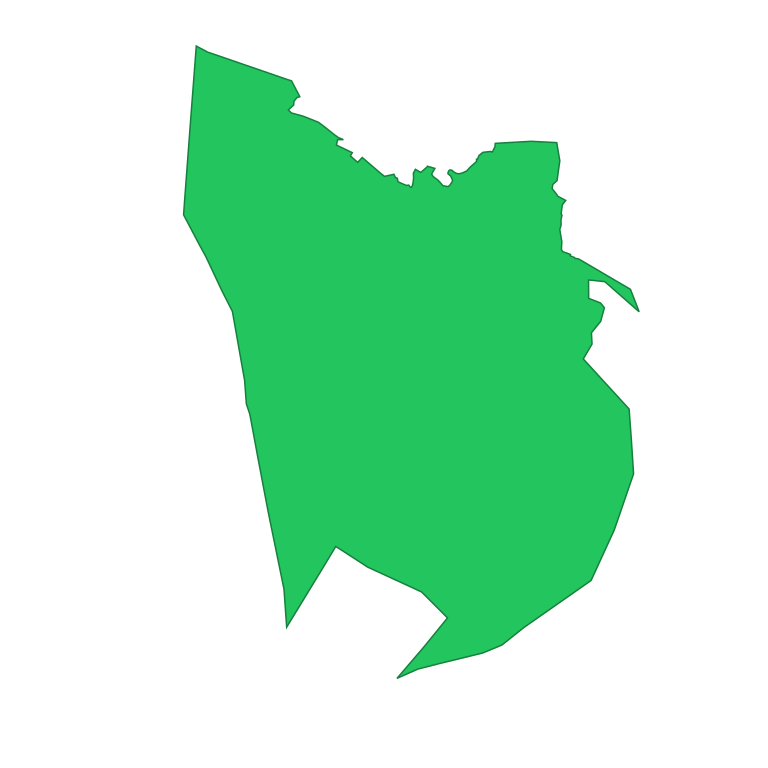 Santa Ana, Oaxaca, Mexico (Natural Earth projection), rotated 14°
{"feature_id": "50627088B53978228930209", "entity_name": "Santa Ana", "entity_type": "district", "adm_level": 2, "iso_a3": "MEX", "parent_name": "Mexico", "parent_adm1": "Oaxaca", "projection": "natural_earth1", "projection_center": [-96.73, 16.33], "detail": "fine", "context": "isolated", "style": "filled", "palette": "green", "viewbox_px": 768, "rotation_deg": 14, "n_neighbors": 0, "source": "geoboundaries", "source_scale": "gbopen_adm2", "svg_char_len": 2102}
<svg xmlns="http://www.w3.org/2000/svg" viewBox="0 0 768 768"><g transform="rotate(14 384 384)"><path d="M219.3,350.2L247.9,414.3L255.2,436.5L261.1,445.8L266.8,458.2L279.5,486.1L302.0,534.9L307.1,545.6L336.6,607.3L348.4,643.5L369.8,575.2L376.5,553.3L412.7,565.7L470.8,576.7L502.2,595.6L486.7,628.7L467.8,666.5L485.7,652.5L505.9,641.6L544.9,621.1L561.6,608.7L578.6,586.5L632.5,524.5L642.7,470.2L643.2,464.9L647.9,410.8L637.3,377.6L627.9,349.0L571.3,311.5L576.2,294.9L572.9,284.1L576.6,276.1L579.1,270.8L579.4,256.7L574.5,253.0L561.9,251.4L557.3,233.6L562.4,232.8L573.5,231.3L614.1,252.2L605.4,239.8L600.2,232.5L542.7,215.6L541.7,215.6L539.0,215.9L538.2,215.2L533.7,214.6L533.6,213.2L530.2,212.8L528.0,212.6L525.5,212.4L523.6,210.6L522.1,202.8L519.5,196.9L517.2,191.5L517.4,187.0L516.0,181.8L515.9,177.2L514.7,176.1L513.7,167.1L515.9,161.9L507.3,159.8L505.7,158.3L501.0,154.6L499.9,153.8L499.5,149.5L502.7,144.8L501.5,133.6L501.4,132.4L500.6,124.9L500.0,123.4L499.2,121.7L496.5,115.5L493.2,108.0L468.1,112.9L433.7,123.6L434.3,126.8L433.0,132.7L431.1,132.6L423.9,135.3L420.9,139.3L420.3,143.4L419.4,143.6L420.0,145.6L415.1,152.8L414.1,154.7L412.8,157.2L408.8,160.4L405.8,161.9L402.9,162.1L399.5,161.0L398.9,160.4L398.2,160.2L397.1,160.2L395.9,160.5L395.2,161.6L395.0,163.8L395.2,164.5L398.5,166.2L401.2,169.6L401.1,171.7L399.7,175.3L398.4,177.0L393.2,177.3L390.2,175.2L387.2,173.2L381.5,170.8L379.6,169.0L379.7,167.6L381.2,162.5L373.5,162.2L373.1,163.3L368.5,169.8L362.5,168.1L361.5,172.4L362.8,176.6L363.4,180.9L363.6,184.4L363.0,186.6L361.5,186.4L359.9,185.0L357.6,185.9L350.2,184.7L348.3,184.0L347.6,181.8L346.7,180.9L345.3,181.1L342.9,178.1L334.3,182.4L330.0,180.5L308.1,169.5L304.8,175.3L296.2,170.8L297.3,167.2L280.1,163.7L279.8,158.2L285.5,156.7L280.0,155.9L274.4,153.6L265.5,149.5L257.1,145.9L240.7,143.7L228.6,143.4L224.9,141.2L228.9,135.1L228.2,131.6L230.2,127.2L232.8,125.6L220.9,112.2L215.8,111.9L165.8,107.5L132.4,104.6L120.1,101.5L133.1,178.1L145.7,251.7L148.6,268.3L152.6,272.8L171.1,293.5L180.4,303.6L204.2,332.8L219.3,350.2Z" fill="#22c55e" stroke="#15803d" stroke-width="1.5"/></g></svg>